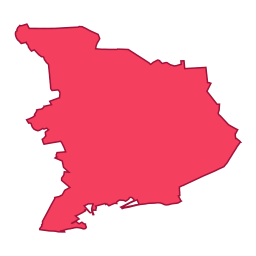 Codes pag., Bauska, Latvia
{"feature_id": "27541924B25863088320510", "entity_name": "Codes pag.", "entity_type": "district", "adm_level": 2, "iso_a3": "LVA", "parent_name": "Latvia", "parent_adm1": "Bauska", "projection": "robinson", "projection_center": [24.192, 56.468], "detail": "fine", "context": "isolated", "style": "filled", "palette": "rose", "viewbox_px": 256, "rotation_deg": 0, "n_neighbors": 0, "source": "geoboundaries", "source_scale": "gbopen_adm2", "svg_char_len": 5481}
<svg xmlns="http://www.w3.org/2000/svg" viewBox="0 0 256 256"><path d="M181.3,201.1L180.9,200.8L178.4,195.9L179.8,195.6L179.8,194.7L179.7,194.3L179.7,194.2L179.7,192.8L179.5,190.4L179.4,188.0L179.4,187.5L179.4,187.0L180.2,186.7L181.8,185.8L183.3,185.4L184.8,184.6L203.6,175.8L207.6,174.1L214.7,171.0L219.2,168.8L224.0,166.6L224.1,166.4L224.7,165.6L225.9,164.2L226.9,163.1L229.7,158.5L230.5,157.3L233.0,153.2L235.7,149.0L236.7,147.3L236.8,146.9L237.7,145.8L237.8,145.6L240.3,142.2L240.6,142.2L239.9,141.3L236.2,138.3L235.7,138.5L235.3,135.8L235.3,133.6L235.5,133.6L235.7,133.3L235.8,133.3L235.9,133.0L237.7,129.7L235.7,128.8L235.6,128.7L232.1,126.8L231.7,126.6L228.5,124.7L220.2,115.8L219.3,115.3L219.1,114.9L218.2,113.5L218.1,113.3L219.0,110.3L219.1,110.2L219.1,109.8L219.5,104.2L217.2,104.3L217.0,104.2L213.2,99.3L213.1,99.2L211.0,96.5L206.9,91.3L210.9,83.3L209.2,82.7L207.6,82.6L207.1,78.6L206.6,74.0L206.5,73.2L205.9,67.4L201.1,67.7L184.7,68.6L184.0,60.8L180.9,60.9L181.2,64.2L177.3,65.4L176.4,65.7L175.3,65.8L174.5,66.0L170.2,64.7L166.9,62.6L165.6,62.6L163.4,63.2L163.1,63.5L161.7,63.2L161.3,62.5L160.0,61.5L159.7,60.7L157.8,60.0L153.1,62.4L152.0,63.4L150.6,64.4L150.4,64.3L148.8,62.7L148.7,62.7L145.2,60.4L134.6,53.6L129.6,50.4L128.3,49.5L123.8,49.3L117.5,49.1L117.1,49.4L109.0,49.4L105.7,49.3L101.7,49.3L95.9,48.8L95.7,48.8L95.9,47.0L96.1,45.9L97.1,43.2L99.7,38.8L99.6,38.3L98.1,34.4L89.9,30.7L84.6,27.8L84.2,27.8L83.9,27.7L82.7,26.9L82.1,26.7L81.8,26.7L79.2,26.5L78.3,27.1L74.8,27.3L74.4,27.3L68.8,27.6L55.2,28.4L45.5,28.5L44.3,28.4L44.0,28.5L30.7,28.4L29.3,28.5L26.9,24.1L24.9,24.7L23.0,25.3L20.8,25.9L19.9,25.4L17.8,27.7L16.9,29.6L17.1,30.7L15.9,31.6L15.4,33.1L15.6,35.5L16.5,38.0L17.6,39.8L19.2,41.2L21.2,43.5L26.3,42.3L26.5,43.5L28.1,45.2L28.5,47.1L29.7,49.0L31.4,51.1L34.3,49.9L38.8,54.7L41.5,56.7L42.3,56.7L43.1,56.8L43.4,56.9L43.7,57.3L44.4,59.4L44.4,59.6L45.3,60.8L46.5,62.6L47.9,63.8L48.5,64.5L49.6,75.2L49.7,76.9L49.9,78.9L50.0,79.9L50.1,80.1L50.2,82.5L50.4,83.6L50.7,88.3L51.0,89.1L52.0,90.5L57.9,89.9L59.6,91.5L60.0,93.3L59.5,97.7L54.2,99.6L49.7,101.3L51.5,104.7L44.3,106.3L44.2,106.3L44.3,106.5L42.2,108.8L41.6,108.9L40.5,109.3L38.9,109.4L37.0,109.9L36.6,110.0L36.6,111.2L36.6,111.3L35.2,113.5L34.6,114.4L34.5,114.7L34.5,114.9L35.0,115.6L34.9,115.7L33.1,116.9L32.5,117.4L28.8,119.0L26.6,119.8L27.6,121.5L28.7,123.1L28.8,123.2L29.5,123.0L29.9,123.0L30.6,123.2L31.1,123.6L31.3,124.3L31.6,125.1L31.9,126.1L32.3,127.0L33.8,129.0L34.1,129.2L36.1,130.2L37.7,130.7L38.6,130.6L39.8,130.1L40.7,129.6L41.8,129.0L42.6,128.5L42.8,128.5L43.7,129.0L43.9,129.1L46.8,128.2L47.6,129.0L48.6,129.8L45.7,131.8L45.3,132.2L45.3,132.5L45.5,134.3L45.8,136.0L45.6,136.2L43.6,138.4L42.2,139.3L43.1,142.2L44.0,144.2L50.6,143.0L60.7,141.3L62.0,143.1L64.2,147.7L65.7,151.8L57.0,152.6L56.8,153.5L56.4,154.4L56.2,154.7L56.3,155.5L56.5,156.7L56.4,156.8L56.6,156.9L56.4,157.0L56.7,157.1L55.2,158.0L59.2,159.7L59.4,159.8L62.2,160.9L63.5,167.1L63.7,167.5L68.8,172.2L64.3,171.8L63.9,174.8L62.8,176.5L62.0,177.5L61.9,177.7L61.7,178.2L61.6,178.5L61.6,180.4L69.9,187.4L64.9,190.2L64.1,191.4L63.9,191.9L62.6,194.3L61.9,195.2L60.4,195.7L59.7,196.4L54.8,197.5L55.0,197.9L54.1,200.0L53.9,200.1L52.8,202.1L51.1,205.2L48.5,210.2L48.0,211.1L42.5,221.4L42.5,223.9L41.6,224.9L41.9,226.2L40.9,227.1L39.7,228.8L39.8,229.6L44.1,230.2L49.4,230.9L54.7,231.1L58.2,231.8L61.1,231.9L64.5,231.9L64.4,231.7L64.5,231.6L64.4,231.5L63.2,231.6L62.1,231.5L61.7,231.4L61.2,231.3L60.9,230.9L62.0,230.8L62.7,230.6L64.1,230.2L65.8,229.5L66.5,229.4L67.4,229.1L69.2,228.8L70.6,228.7L70.8,228.6L71.5,228.4L72.8,228.2L74.1,227.8L76.6,227.5L78.8,227.7L81.5,228.2L83.0,228.8L83.6,228.9L84.3,228.8L84.9,228.7L85.5,228.4L85.9,228.0L86.3,227.1L86.2,226.8L85.7,225.7L85.4,224.4L85.4,224.1L84.9,224.1L83.7,223.6L81.9,222.2L81.1,222.6L79.0,223.8L75.9,221.3L72.0,223.4L71.8,223.2L75.9,220.9L79.1,219.0L75.5,215.9L76.5,215.6L77.8,215.0L82.3,212.7L85.4,210.8L84.8,210.1L86.8,209.2L87.8,210.4L89.1,211.8L90.2,212.8L90.4,212.7L89.4,211.8L88.9,211.3L88.3,210.5L88.0,210.2L84.2,205.9L88.5,203.8L93.1,203.9L93.1,204.1L92.2,206.6L92.0,207.6L91.9,208.5L91.7,208.5L91.7,209.4L92.0,212.4L92.2,212.6L93.0,214.7L93.7,214.6L93.3,213.4L93.2,213.4L92.9,212.6L92.8,211.9L92.4,210.3L93.8,210.1L95.8,210.2L95.8,209.8L96.0,208.7L96.3,207.8L96.3,207.4L96.0,206.8L95.6,206.1L105.0,203.5L105.6,204.5L106.8,203.9L108.9,205.8L111.7,204.5L114.6,203.3L116.8,203.5L116.6,202.2L116.9,201.9L117.7,201.3L117.7,201.2L118.0,201.0L118.2,200.9L118.4,200.8L119.4,200.1L121.5,200.2L123.9,200.4L124.1,200.4L125.2,201.1L125.6,201.2L125.8,201.1L127.6,199.9L128.7,199.1L129.2,198.3L129.3,197.9L129.5,197.7L130.2,197.4L131.3,197.4L131.5,197.5L132.0,197.7L132.8,198.4L133.0,198.6L133.7,199.3L133.9,199.4L134.1,200.6L130.8,202.1L130.1,202.5L129.3,202.9L129.2,202.9L128.5,203.3L122.5,206.4L121.3,206.9L120.8,207.1L121.2,207.4L122.0,207.1L123.3,206.4L127.8,204.1L130.2,202.8L131.5,202.2L137.1,199.8L139.1,204.4L137.8,204.7L136.5,205.0L136.4,204.8L135.7,204.9L134.4,205.2L134.0,205.4L132.7,205.7L131.9,205.8L130.2,206.2L128.7,206.4L126.5,207.0L125.5,207.1L125.1,207.2L124.2,207.4L123.5,207.7L122.3,208.0L121.9,208.1L122.2,208.6L123.5,208.1L124.8,207.8L126.7,207.5L129.5,207.0L132.8,206.1L137.4,205.0L140.0,204.5L142.4,204.2L144.7,204.0L148.5,203.3L154.1,203.1L157.2,202.8L159.0,202.8L161.0,203.1L162.1,203.5L163.8,204.3L165.1,204.8L166.6,204.9L168.5,204.7L171.8,203.8L174.2,203.5L176.1,203.3L178.2,202.9L180.6,201.5L181.3,201.1Z" fill="#f43f5e" stroke="#9f1239" stroke-width="1.5"/></svg>